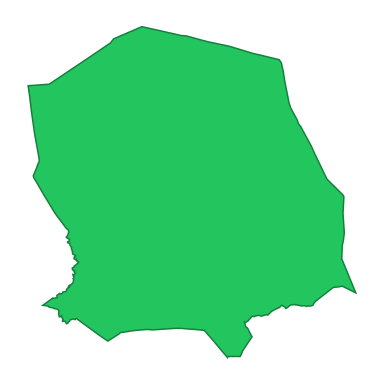 the district of San Esteban Atatlahuca, Oaxaca, Mexico, rotated 269°
{"feature_id": "50627088B77951750237496", "entity_name": "San Esteban Atatlahuca", "entity_type": "district", "adm_level": 2, "iso_a3": "MEX", "parent_name": "Mexico", "parent_adm1": "Oaxaca", "projection": "albers", "projection_center": [-97.721, 17.074], "detail": "fine", "context": "isolated", "style": "filled", "palette": "green", "viewbox_px": 384, "rotation_deg": 269, "n_neighbors": 0, "source": "geoboundaries", "source_scale": "gbopen_adm2", "svg_char_len": 4432}
<svg xmlns="http://www.w3.org/2000/svg" viewBox="0 0 384 384"><g transform="rotate(269 192 192)"><path d="M302.3,51.1L301.1,30.0L290.0,31.4L275.9,32.8L251.8,35.8L231.8,39.1L225.9,39.9L222.7,38.5L218.5,36.9L215.1,35.4L210.8,33.5L208.3,34.5L201.6,38.4L201.0,38.7L200.7,38.8L191.7,43.8L183.2,48.8L173.7,54.3L172.2,55.3L164.6,60.8L160.7,63.6L158.4,65.2L155.9,67.8L154.3,68.0L153.4,67.8L152.1,67.4L150.3,66.7L149.3,65.6L148.6,65.6L146.7,68.7L144.8,68.0L144.3,66.7L143.6,66.7L143.1,67.6L142.8,68.9L141.4,69.0L140.1,69.5L139.4,70.0L138.3,70.7L137.3,70.4L136.5,70.7L135.4,71.3L133.7,71.3L133.1,71.6L132.1,71.7L131.2,73.1L130.9,73.8L130.2,74.6L129.6,73.9L129.3,73.4L129.1,73.5L128.5,72.9L127.8,72.9L126.9,73.2L126.7,73.7L126.6,74.1L126.5,74.6L126.7,75.0L126.3,74.9L125.7,75.0L125.3,75.2L125.2,75.7L125.1,76.1L124.5,76.4L124.3,77.0L123.8,77.4L123.3,77.2L123.0,76.6L122.4,76.4L122.1,75.7L121.6,75.5L120.7,73.9L119.9,72.9L119.5,72.8L119.0,72.9L118.5,72.4L118.3,71.1L117.1,70.9L116.2,71.3L115.7,71.9L115.4,72.8L114.9,73.4L114.3,72.8L112.5,73.9L112.1,73.0L111.3,72.8L111.2,72.1L111.5,71.5L110.6,71.6L109.6,72.2L108.5,72.5L107.4,71.6L106.8,72.0L105.0,71.9L103.4,71.4L102.0,70.1L101.2,68.9L100.6,67.3L99.9,67.4L99.6,68.1L99.0,67.7L99.3,66.8L99.0,66.5L98.2,66.4L97.2,65.2L96.3,64.9L95.5,64.9L94.9,64.0L94.4,63.5L94.4,61.2L93.0,60.6L92.5,59.8L92.6,59.2L92.8,58.4L92.9,57.7L92.3,57.1L91.1,55.2L90.6,55.1L88.7,55.2L88.4,53.1L88.0,52.3L88.4,51.0L87.8,50.7L88.0,50.4L81.3,40.8L80.5,46.1L79.6,46.9L79.1,48.1L78.5,51.2L78.3,51.6L77.9,51.9L77.3,54.9L77.0,55.4L76.8,55.8L75.7,56.9L74.0,56.7L73.0,56.5L71.9,56.5L70.8,57.1L70.4,56.9L69.5,57.1L69.6,58.7L70.4,59.5L69.3,59.6L68.0,60.2L67.0,60.9L65.8,60.2L64.8,60.5L65.3,62.0L64.9,62.8L64.2,63.1L63.9,63.4L63.3,63.6L63.0,64.2L62.5,64.5L62.8,65.4L63.7,65.6L64.8,67.3L66.5,68.0L66.5,69.2L66.9,69.7L67.1,71.4L66.6,72.0L66.5,72.9L67.2,73.5L67.5,74.2L49.2,98.4L44.4,105.3L49.3,113.2L51.5,116.8L52.8,118.1L53.0,120.9L53.3,123.1L53.8,126.8L54.1,128.2L54.8,135.8L55.3,143.9L55.3,145.2L54.8,150.2L55.3,159.8L55.8,169.5L56.0,173.6L55.8,179.3L55.0,186.5L54.6,192.0L53.4,202.0L48.5,206.0L46.7,207.6L42.3,211.2L41.5,212.0L40.5,212.6L40.2,212.9L38.3,214.4L37.9,214.8L36.8,215.6L36.0,216.3L35.3,216.9L34.7,217.3L34.1,217.8L33.7,218.2L33.2,218.6L32.6,219.0L31.8,219.7L31.2,220.2L30.4,220.9L29.8,221.3L29.3,221.7L28.6,222.3L28.2,222.7L27.4,223.4L26.7,223.9L25.8,224.6L26.9,225.0L26.9,226.2L26.8,227.5L26.9,228.3L26.8,229.7L26.8,231.3L26.8,232.2L26.7,236.8L26.8,237.4L27.5,237.7L27.9,237.9L28.0,237.9L28.3,238.1L29.0,238.4L29.6,238.7L29.8,238.8L30.1,239.0L30.5,239.0L31.0,239.4L31.4,239.6L31.8,239.7L32.4,240.0L32.6,240.1L33.0,240.4L33.7,240.8L34.0,241.1L34.4,241.3L35.1,241.8L35.9,242.4L36.7,242.9L37.1,243.2L37.7,243.6L37.9,243.7L38.2,244.0L39.4,244.8L40.6,245.6L41.5,246.3L42.7,247.1L43.2,247.5L43.9,247.9L45.0,248.7L46.1,249.5L46.6,249.3L47.5,248.8L48.4,248.4L48.9,248.1L49.8,247.7L50.3,247.4L50.9,247.1L51.2,247.0L51.7,246.7L52.5,246.4L53.5,245.9L53.9,245.7L54.7,245.3L54.9,245.0L55.3,244.8L55.6,244.5L55.8,244.2L56.1,243.4L61.0,242.3L60.6,242.9L61.2,244.2L62.2,246.0L63.9,247.2L64.6,248.3L66.1,249.2L66.7,250.6L66.3,251.9L67.2,253.6L67.0,254.3L67.1,254.9L67.5,255.6L67.6,256.2L66.6,259.2L67.1,260.8L68.1,264.5L67.6,265.5L68.2,266.3L71.3,269.5L73.9,274.6L73.9,275.3L75.0,276.7L74.9,277.4L76.8,279.3L77.2,279.9L76.0,281.8L75.5,282.9L74.0,283.5L74.0,284.2L75.3,286.0L77.3,288.6L77.5,291.1L77.8,292.4L77.2,293.6L77.5,294.5L77.0,295.3L76.7,297.4L76.1,299.4L76.3,301.8L76.2,303.6L75.5,304.3L76.3,306.1L75.8,307.0L76.2,309.7L76.6,310.9L79.1,312.3L80.7,313.8L94.2,331.7L94.6,337.3L95.3,340.4L88.3,354.0L121.8,340.9L122.3,340.3L122.6,340.6L135.7,341.3L138.2,341.9L142.1,342.7L148.3,343.6L168.0,342.6L184.7,343.8L185.6,343.3L186.4,342.9L186.9,342.4L194.2,335.3L202.3,327.3L207.0,325.1L210.0,323.7L213.4,322.2L217.2,320.4L223.3,317.6L225.0,316.8L227.3,315.7L232.0,313.7L235.2,312.4L241.4,309.2L246.9,306.3L250.4,304.5L252.4,303.4L254.6,302.4L256.0,301.6L256.9,300.8L257.4,300.3L258.4,299.7L261.8,298.6L265.3,296.8L267.3,295.8L270.9,293.9L274.5,292.1L279.5,290.6L280.8,290.3L285.5,289.5L287.8,289.1L290.6,288.6L294.7,287.8L297.9,287.3L300.1,286.9L308.7,285.6L309.9,285.6L315.1,284.5L316.0,284.3L319.5,283.6L322.7,281.6L322.7,281.2L322.9,281.0L329.9,254.0L337.0,232.1L341.9,210.7L344.2,202.5L348.2,188.9L348.7,183.7L358.2,144.7L346.5,116.3L342.5,113.1L327.8,90.6L302.3,51.1Z" fill="#22c55e" stroke="#15803d" stroke-width="1.5"/></g></svg>